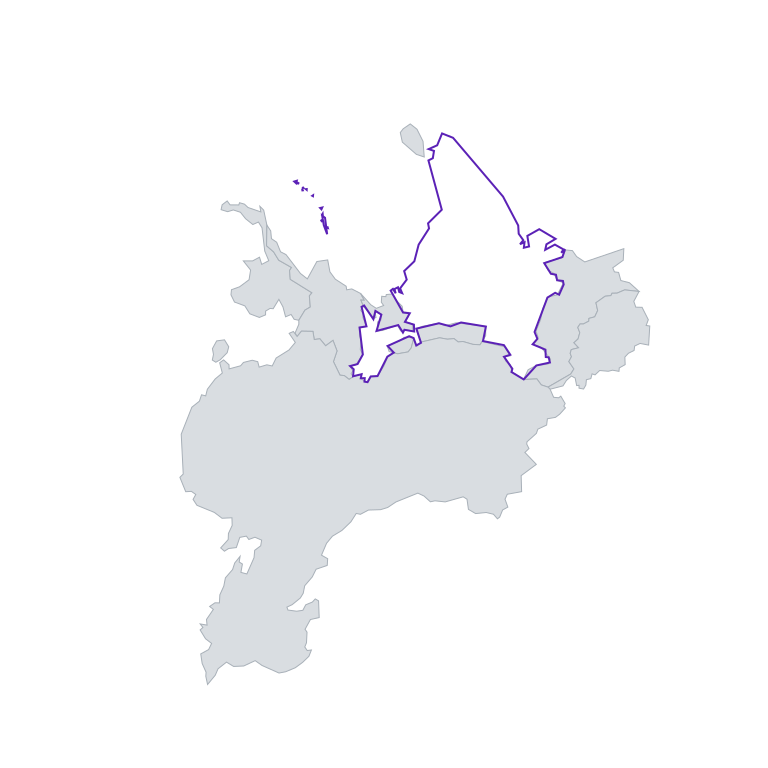 India highlighted among its neighbors, rotated 159°
{"feature_id": "IND", "entity_name": "India", "entity_type": "country or territory", "adm_level": 0, "iso_a3": "IND", "parent_name": "Asia", "parent_adm1": "", "projection": "albers", "projection_center": [83.514, 21.122], "detail": "medium", "context": "with_neighbors", "style": "outline", "palette": "violet", "viewbox_px": 768, "rotation_deg": 159, "n_neighbors": 9, "source": "natural_earth", "source_scale": "50m", "svg_char_len": 8692}
<svg xmlns="http://www.w3.org/2000/svg" viewBox="0 0 768 768"><g transform="rotate(159 384 384)"><path d="M492.6,526.7L484.0,526.5L472.6,529.7L467.7,538.2L471.2,549.3L462.6,546.0L454.8,547.0L455.3,539.5L447.4,540.4L447.7,550.8L441.9,573.5L443.2,580.2L449.3,579.9L454.0,587.9L456.5,595.8L462.3,600.5L468.2,600.9L473.6,605.1L470.9,609.3L464.8,611.1L463.5,606.4L455.4,603.2L453.9,605.0L449.8,601.9L447.7,597.5L437.3,588.8L436.2,594.4L434.0,589.4L436.4,574.3L444.1,555.1L439.7,546.9L437.9,537.3L428.6,525.9L431.5,523.8L434.0,515.3L418.6,495.0L422.1,493.0L425.2,482.3L431.3,481.3L440.7,474.0L444.7,476.6L445.8,482.2L451.8,482.0L450.7,492.2L451.8,500.7L460.5,494.0L463.3,495.4L468.4,494.5L469.8,491.0L476.5,490.8L484.1,497.6L485.9,506.8L494.2,514.1L494.9,522.1L492.6,526.7Z" fill="#d9dde1" stroke="#a8b0b8" stroke-width="1"/><path d="M440.7,474.0L431.3,481.3L425.2,482.3L422.1,493.0L418.6,495.0L434.0,515.3L431.5,523.8L428.6,525.9L437.9,537.3L439.7,546.9L444.1,555.1L436.4,574.3L434.9,567.5L437.0,560.0L433.4,554.8L433.2,544.5L429.1,539.9L422.4,517.1L417.9,509.6L402.8,522.4L392.1,520.0L394.3,508.1L391.9,499.3L384.3,488.8L385.1,485.3L380.0,484.3L373.4,476.9L372.4,469.3L375.5,470.6L375.3,463.7L379.4,461.2L378.2,457.2L379.9,453.9L379.7,444.0L386.4,445.7L389.7,437.6L389.8,433.0L393.8,424.7L393.2,419.3L403.4,411.9L409.5,413.1L408.3,407.4L411.1,405.4L410.1,401.9L414.9,400.8L418.1,406.1L421.9,408.0L423.2,423.0L416.0,431.7L416.0,443.0L424.8,440.6L427.7,449.2L433.2,450.5L431.5,458.6L442.1,462.9L448.1,459.5L448.8,463.4L442.1,470.3L440.7,474.0Z" fill="#d9dde1" stroke="#a8b0b8" stroke-width="1"/><path d="M375.3,463.7L375.5,470.6L372.4,469.3L373.4,476.9L368.0,462.8L364.1,457.4L356.2,457.4L357.2,461.3L354.7,466.7L351.0,464.9L349.8,466.7L344.0,465.0L342.4,457.2L339.2,450.1L340.4,444.3L335.2,441.9L336.9,438.4L342.1,434.7L335.9,429.9L338.6,423.3L345.4,427.2L349.4,427.5L350.4,434.1L366.2,434.5L371.2,435.9L367.7,444.2L363.9,444.9L361.6,450.5L366.5,455.2L367.6,449.0L369.9,448.9L375.3,463.7Z" fill="#d9dde1" stroke="#a8b0b8" stroke-width="1"/><path d="M360.4,407.3L367.6,412.5L367.3,418.4L353.5,418.7L348.4,420.4L340.7,417.0L340.4,415.2L345.7,407.9L350.0,405.3L360.4,407.3Z" fill="#d9dde1" stroke="#a8b0b8" stroke-width="1"/><path d="M334.5,409.9L334.4,423.7L327.5,424.1L311.0,421.2L306.1,416.5L294.8,415.3L268.4,401.4L271.8,392.6L280.4,386.2L286.9,389.2L295.1,395.4L299.7,396.7L302.4,401.3L308.8,403.1L315.5,407.2L334.5,409.9Z" fill="#d9dde1" stroke="#a8b0b8" stroke-width="1"/><path d="M252.2,338.2L244.3,345.7L235.5,346.7L223.7,343.8L219.6,347.6L224.3,362.3L230.5,367.3L223.4,372.3L223.1,379.0L214.7,388.0L209.0,397.2L199.7,406.5L190.2,405.1L180.3,414.2L185.3,418.9L185.7,426.3L190.0,431.5L191.0,439.8L172.5,438.2L166.3,444.0L160.3,441.0L158.5,433.9L152.8,426.0L111.6,424.4L116.3,413.8L128.8,410.5L128.7,406.1L125.0,404.1L125.8,395.7L118.6,390.6L112.7,379.0L125.6,385.6L133.9,385.3L138.6,387.0L140.5,385.2L146.1,386.7L157.0,383.9L158.2,376.0L163.2,371.2L169.2,371.8L170.3,369.3L176.5,368.6L179.4,369.8L182.8,367.4L182.8,361.8L186.7,356.5L191.9,354.5L189.3,348.1L196.8,349.0L199.2,345.9L199.2,342.3L203.4,338.7L201.3,330.0L206.1,326.4L232.0,322.3L237.5,326.8L239.5,334.0L252.2,338.2Z" fill="#d9dde1" stroke="#a8b0b8" stroke-width="1"/><path d="M165.7,315.0L170.0,315.5L177.8,319.3L183.7,316.9L186.1,318.9L189.0,314.9L193.5,315.5L195.9,310.7L199.5,307.8L203.4,310.2L202.4,312.9L204.7,313.5L203.4,321.1L206.2,324.3L212.5,321.9L217.6,318.1L230.8,319.6L232.0,322.3L206.1,326.4L201.3,330.0L203.4,338.7L199.2,342.3L199.2,345.9L196.8,349.0L189.3,348.1L191.9,354.5L186.7,356.5L182.8,361.8L182.8,367.4L179.4,369.8L176.5,368.6L170.3,369.3L169.2,371.8L163.2,371.2L158.2,376.0L157.0,383.9L146.1,386.7L140.5,385.2L138.6,387.0L133.9,385.3L125.6,385.6L112.7,379.0L121.2,371.6L121.4,365.5L115.6,363.1L114.2,349.3L118.3,344.7L115.1,342.9L123.0,325.5L130.4,330.1L136.4,329.6L138.5,325.7L144.8,325.1L149.5,322.8L151.9,315.7L158.6,314.7L160.1,311.6L165.7,315.0Z" fill="#d9dde1" stroke="#a8b0b8" stroke-width="1"/><path d="M280.2,603.2L278.7,612.9L274.6,615.4L266.3,617.4L261.9,610.0L260.6,596.6L265.1,581.5L271.5,586.8L280.2,603.2Z" fill="#d9dde1" stroke="#a8b0b8" stroke-width="1"/><path d="M524.8,484.2L517.1,482.4L515.6,474.4L519.2,469.4L528.2,465.3L533.2,464.6L535.7,467.9L532.6,472.7L531.5,478.5L524.8,484.2ZM272.3,276.8L271.8,271.8L277.0,269.6L270.6,254.4L288.8,249.3L294.1,234.2L308.4,236.9L312.3,233.1L312.5,224.7L318.4,223.9L323.7,218.3L326.4,217.5L328.5,223.2L334.6,227.4L344.9,230.2L350.1,236.7L347.8,246.7L350.5,250.3L369.1,252.0L378.3,256.7L382.9,257.4L386.8,265.1L391.5,270.0L415.1,269.6L424.8,267.4L432.2,267.9L443.7,271.9L452.7,270.8L456.3,273.1L464.3,267.2L475.7,262.4L486.7,260.4L494.7,255.9L503.7,246.6L499.2,241.1L502.0,235.0L513.8,235.4L520.1,229.6L530.3,224.1L534.4,217.6L538.8,214.2L548.8,210.9L554.6,210.5L554.7,207.4L547.0,203.2L540.9,201.8L536.2,205.9L529.0,206.1L525.2,208.0L522.8,205.0L528.2,189.2L537.1,190.5L545.6,183.3L544.8,179.9L549.1,170.2L552.2,166.9L551.2,162.7L547.1,161.7L551.7,156.7L559.7,153.3L568.5,150.9L579.0,150.6L585.6,151.8L598.8,165.0L603.4,171.9L616.0,171.0L625.6,174.2L630.7,180.8L641.0,177.6L645.9,172.6L656.4,166.7L655.1,175.0L653.4,178.7L653.9,188.3L651.8,197.7L642.9,198.9L637.9,203.6L641.9,210.1L643.8,220.3L640.3,221.6L641.6,225.9L635.6,222.3L634.1,227.8L624.1,234.7L626.5,238.8L620.2,240.3L616.1,238.6L612.8,246.0L606.0,252.7L601.5,259.9L591.9,265.0L587.5,270.4L580.1,274.7L583.0,269.7L580.7,266.7L585.1,259.4L580.1,255.8L567.6,268.4L564.3,275.1L557.1,277.1L554.2,282.1L559.4,287.2L565.9,287.3L567.0,291.3L573.6,292.5L580.5,284.2L588.0,286.1L592.9,285.1L595.2,289.5L585.2,294.6L582.8,300.2L576.4,306.4L573.9,313.6L583.3,316.7L588.4,324.9L602.1,337.8L603.6,344.7L599.3,348.3L602.3,352.8L607.7,354.5L608.0,370.0L603.7,371.9L591.3,409.8L571.7,431.2L562.5,434.1L558.2,439.3L554.7,436.8L550.8,442.4L539.8,449.2L531.0,452.2L529.8,462.7L525.1,464.0L521.8,457.5L523.2,453.6L511.3,452.4L507.5,454.5L498.5,453.4L493.9,450.1L494.5,444.5L486.5,443.9L481.9,440.9L475.4,446.9L460.5,449.8L451.9,454.6L454.4,465.3L449.8,465.5L448.1,459.5L442.1,462.9L431.5,458.6L433.2,450.5L427.7,449.2L424.8,440.6L416.0,443.0L416.0,431.7L423.2,423.0L421.9,408.0L418.1,406.1L414.9,400.8L410.1,401.9L401.2,401.2L403.6,397.0L399.3,391.5L393.8,395.9L386.8,394.0L377.8,400.7L370.7,408.1L364.1,409.7L360.4,407.3L350.0,405.3L345.7,407.9L340.4,415.2L339.5,407.7L334.5,409.9L315.5,407.2L308.8,403.1L302.4,401.3L299.7,396.7L295.1,395.4L286.9,389.2L280.4,386.2L277.0,388.4L258.1,375.5L256.2,365.1L261.9,366.5L262.2,361.8L259.2,356.9L260.2,349.3L252.2,338.2L239.5,334.0L237.5,326.8L232.0,322.3L230.8,319.6L230.4,310.8L225.8,308.5L223.3,309.3L221.9,300.8L224.1,298.9L223.2,296.7L230.7,292.9L235.9,291.4L243.9,293.0L246.9,287.4L256.6,286.7L259.4,283.3L271.2,278.8L272.3,276.8Z" fill="#d9dde1" stroke="#a8b0b8" stroke-width="1"/><path d="M166.7,445.0L171.9,438.6L191.1,439.4L188.7,427.1L184.3,424.4L185.2,418.8L180.0,416.1L180.6,412.5L188.5,404.6L191.5,407.8L200.5,406.1L224.8,378.6L224.6,371.2L231.0,367.8L221.0,358.2L223.3,351.2L220.7,349.9L221.4,344.6L235.1,346.7L251.9,338.2L260.7,349.5L258.7,352.2L262.2,366.4L255.6,366.0L258.1,377.3L276.2,388.6L268.3,401.1L290.0,413.8L301.3,414.0L310.9,421.0L333.9,424.1L334.7,409.2L340.1,408.4L339.9,416.3L343.4,419.6L367.0,418.2L363.6,409.8L371.1,408.3L387.2,393.7L393.7,395.8L398.7,391.6L401.4,393.2L399.9,396.4L403.6,397.7L401.4,401.2L410.1,402.3L407.0,408.6L409.2,412.9L401.5,412.1L393.2,419.1L386.6,445.5L379.7,444.1L377.3,464.1L374.4,464.4L370.7,448.3L365.8,455.3L361.6,449.7L372.0,436.2L349.6,433.9L347.9,425.2L345.5,427.3L337.0,422.2L334.8,428.7L342.2,434.5L334.6,440.8L340.6,443.9L344.3,468.8L341.6,469.6L340.6,464.5L340.2,468.9L336.3,469.3L336.8,464.4L334.5,462.3L334.7,467.5L325.4,473.3L324.7,482.2L311.7,487.7L301.7,501.7L286.2,513.1L285.3,518.2L267.6,526.0L262.4,576.8L257.5,577.3L253.8,583.7L258.1,587.3L248.8,587.8L240.0,597.1L231.3,589.1L205.7,516.3L201.9,483.9L204.4,476.0L202.4,468.3L206.9,465.8L202.0,466.0L204.6,461.1L199.3,460.4L197.1,470.9L183.6,472.9L171.8,458.0L182.3,456.2L185.4,451.5L174.5,452.9L168.2,445.3L171.5,443.0L166.7,445.0ZM381.4,563.4L379.5,560.3L383.4,544.2L383.3,553.8L381.4,563.4ZM395.2,605.2L392.6,605.0L394.1,602.9L395.2,605.2ZM380.5,571.2L378.4,570.9L379.8,569.5L380.5,571.2ZM389.4,595.9L389.4,597.2L389.0,596.0L389.4,595.9ZM390.8,594.0L390.4,595.8L390.4,593.9L390.8,594.0ZM392.7,601.3L392.3,602.7L391.9,602.2L392.7,601.3ZM383.5,585.4L382.6,585.6L383.0,584.8L383.5,585.4ZM381.1,564.1L380.3,564.8L380.6,563.7L381.1,564.1ZM383.8,558.5L384.3,559.8L383.3,558.9L383.8,558.5ZM387.1,593.9L386.3,593.7L386.6,593.0L387.1,593.9ZM380.7,550.1L380.4,551.5L380.5,549.9L380.7,550.1Z" fill="none" stroke="#5b21b6" stroke-width="2"/></g></svg>